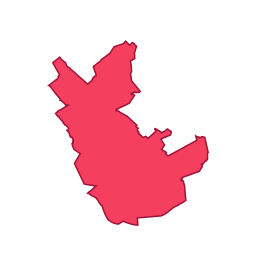 outline of Huimilpan, Querétaro, Mexico, rotated 334°
{"feature_id": "50627088B5826764416597", "entity_name": "Huimilpan", "entity_type": "district", "adm_level": 2, "iso_a3": "MEX", "parent_name": "Mexico", "parent_adm1": "Querétaro", "projection": "natural_earth1", "projection_center": [-100.316, 20.419], "detail": "fine", "context": "isolated", "style": "filled", "palette": "rose", "viewbox_px": 256, "rotation_deg": 334, "n_neighbors": 0, "source": "geoboundaries", "source_scale": "gbopen_adm2", "svg_char_len": 5506}
<svg xmlns="http://www.w3.org/2000/svg" viewBox="0 0 256 256"><g transform="rotate(334 128 128)"><path d="M71.9,205.2L73.3,207.0L75.4,208.9L76.1,209.4L77.3,210.2L77.7,210.1L82.9,209.7L83.1,209.8L83.4,209.9L83.3,210.3L83.7,210.7L84.2,211.1L85.0,212.1L85.4,212.5L86.1,213.3L86.9,214.0L89.1,216.0L90.2,217.0L91.8,218.1L93.4,219.1L94.2,219.6L94.6,218.7L95.5,216.6L97.0,212.9L105.9,216.4L107.2,216.9L114.9,219.8L119.6,221.6L120.7,221.6L121.4,221.6L123.4,221.5L126.2,221.2L128.7,220.6L129.0,220.5L130.3,220.2L132.8,219.6L134.1,219.5L134.4,219.5L135.2,219.4L135.6,219.3L136.6,219.2L137.8,219.4L138.3,219.5L138.9,219.5L140.3,219.1L140.9,219.0L144.5,219.0L145.7,218.8L146.5,218.7L147.0,218.6L148.3,218.4L150.3,212.8L151.7,209.4L152.2,208.0L152.3,207.9L152.5,207.3L153.5,204.8L154.1,201.4L154.4,199.8L153.8,199.2L153.5,198.6L153.0,198.6L153.0,197.6L154.7,197.4L154.9,196.2L167.1,197.6L168.2,197.6L172.3,198.2L172.6,198.2L172.9,198.3L173.3,198.1L177.1,195.7L178.2,194.6L178.1,194.4L178.3,193.7L178.3,192.5L178.6,192.5L178.8,192.6L178.8,192.8L178.8,193.2L178.8,193.3L179.1,193.4L183.5,191.4L183.9,191.5L184.0,191.8L185.8,190.9L188.6,185.2L189.1,184.7L189.4,184.9L192.9,170.0L190.7,168.1L190.3,168.2L189.9,168.3L188.8,168.2L188.4,168.6L188.2,168.4L187.7,167.0L187.6,166.9L186.5,166.5L185.9,165.7L185.4,164.9L184.5,169.2L167.2,170.0L154.5,170.6L151.8,170.6L150.6,168.2L151.9,166.8L148.7,162.0L153.4,159.4L153.3,159.2L153.0,156.0L152.8,155.0L152.9,153.4L152.7,152.7L152.7,152.3L153.9,152.4L154.4,152.5L154.6,152.5L155.4,152.3L156.9,152.4L157.4,152.4L157.3,152.7L158.7,152.7L159.3,152.7L163.2,152.9L165.3,150.3L165.0,149.7L164.9,149.7L163.6,147.2L162.9,146.1L161.8,146.4L160.1,146.8L155.9,147.1L155.9,146.2L155.2,144.7L154.5,143.7L153.6,142.5L152.7,141.2L152.6,140.9L152.2,140.4L151.5,140.7L151.7,143.1L143.9,145.4L141.5,146.1L141.1,145.1L140.5,144.1L140.3,143.3L137.2,142.9L136.9,142.0L136.7,141.1L136.5,140.5L136.3,139.5L136.2,139.3L135.9,139.2L135.6,139.0L135.5,138.7L135.4,138.3L135.5,138.0L135.4,137.8L135.2,137.8L135.1,137.2L135.6,137.0L135.7,136.8L135.8,136.6L135.7,136.4L135.9,136.1L135.8,135.7L135.5,135.3L135.2,134.8L135.3,134.4L135.7,133.9L136.1,133.4L136.3,133.0L137.1,132.6L136.6,132.1L136.3,131.3L136.0,130.9L135.9,130.8L135.8,130.6L135.7,130.5L135.7,130.3L136.0,130.1L136.6,130.0L136.7,129.8L136.9,129.7L137.1,129.4L136.0,126.2L134.7,123.1L133.6,120.1L132.9,118.4L132.6,117.3L127.9,110.7L127.5,109.8L126.8,108.3L126.1,106.9L124.9,107.5L125.0,106.7L126.0,106.2L128.3,106.2L128.6,106.2L132.5,106.3L140.0,106.3L148.3,101.5L147.5,99.7L146.5,99.9L145.6,99.0L146.3,98.6L146.6,98.6L147.8,98.2L149.8,98.7L149.9,99.1L150.5,99.1L150.6,99.7L151.6,99.8L152.4,100.4L152.9,100.6L153.5,100.9L154.5,100.5L155.0,100.4L151.9,87.0L154.3,80.0L155.5,79.4L155.8,79.0L156.0,78.7L157.9,74.2L158.6,72.2L159.0,71.0L159.2,69.8L159.4,69.0L164.5,68.5L165.9,65.6L166.3,63.9L169.9,60.0L171.6,58.2L170.5,56.2L170.4,54.5L169.2,53.1L165.7,54.3L164.0,48.9L160.7,50.2L151.3,48.9L151.0,49.0L144.6,52.9L134.3,54.8L131.8,56.0L128.7,56.4L123.6,57.8L122.8,64.9L122.5,67.0L122.2,66.9L121.9,66.8L120.7,66.8L120.0,67.0L119.8,67.1L119.4,67.4L119.3,67.5L118.9,67.4L118.7,67.5L118.1,67.9L117.4,68.4L116.5,69.4L116.3,69.5L113.4,70.1L113.2,70.1L112.9,70.4L111.0,70.9L110.5,69.5L109.3,66.8L105.4,57.5L105.1,56.6L104.6,55.4L103.8,53.2L103.1,52.0L101.7,48.1L101.6,47.9L101.4,47.6L101.3,47.4L101.0,47.1L100.6,46.6L100.5,46.4L100.4,46.0L100.3,45.0L100.3,44.7L100.3,44.2L100.4,43.0L100.4,42.5L100.4,42.1L100.4,41.9L100.4,41.6L100.2,41.2L100.0,40.9L99.8,40.6L99.5,40.0L99.3,39.7L99.2,39.4L99.0,38.7L98.7,38.4L98.6,38.2L98.4,37.8L98.4,37.6L98.3,37.3L98.1,37.0L98.1,36.7L98.0,36.1L97.9,36.0L97.9,35.8L97.9,35.5L97.9,35.3L97.9,35.1L97.8,34.9L97.6,34.7L97.3,34.3L95.9,34.8L89.0,36.3L89.8,50.2L87.7,51.2L87.7,51.6L87.5,51.9L87.4,52.1L87.1,52.4L86.9,52.5L86.7,52.7L86.2,52.9L85.8,53.0L85.5,53.0L85.3,53.0L83.9,53.2L75.3,55.1L76.1,55.8L78.1,65.4L79.7,72.1L79.0,73.3L79.9,73.6L82.2,79.7L82.1,80.0L84.1,81.1L77.8,81.9L72.1,82.1L71.0,82.7L69.3,83.2L69.4,83.4L69.4,83.6L69.4,83.9L69.5,84.4L69.9,86.4L70.0,86.6L70.1,86.9L70.3,87.1L70.5,87.1L70.8,87.7L70.9,88.3L70.7,88.6L70.8,88.8L71.2,90.9L71.3,91.0L71.8,92.2L71.9,92.7L72.2,92.7L72.1,95.4L72.2,95.6L72.6,97.6L72.8,97.6L73.2,97.7L73.4,98.1L73.8,99.6L73.9,100.0L74.3,100.9L74.4,101.3L74.5,101.9L74.4,102.3L74.3,102.6L73.7,102.8L73.5,103.4L73.0,103.4L72.0,103.3L72.9,106.4L72.9,106.9L72.9,107.6L72.2,109.4L72.3,110.1L72.7,110.3L72.5,111.1L73.7,112.5L73.8,113.3L73.5,113.9L73.5,114.1L73.4,114.2L73.5,114.6L73.3,114.9L73.3,115.2L73.1,115.7L72.6,115.7L72.6,115.8L72.7,116.4L72.3,117.0L72.0,117.1L71.9,116.8L71.6,117.1L71.8,117.5L71.5,117.5L71.4,117.7L70.9,117.6L70.9,118.1L70.5,118.5L70.4,119.5L70.6,119.9L70.5,120.5L70.2,120.8L70.1,123.5L71.2,125.5L71.9,126.7L72.4,127.9L73.8,130.2L72.1,131.3L71.9,131.4L71.7,131.5L68.7,133.5L68.3,133.7L67.4,134.3L64.3,136.5L64.1,159.3L64.6,159.6L65.1,160.0L67.5,161.7L69.5,163.1L71.5,164.4L72.2,165.0L74.0,166.3L71.5,166.7L70.2,167.2L69.8,167.3L69.1,167.4L68.4,167.6L67.5,167.9L66.0,168.2L65.3,168.3L64.7,168.4L64.0,168.6L63.1,169.0L63.5,169.3L63.9,169.5L64.0,169.9L64.4,170.2L64.7,170.5L64.6,170.9L64.7,171.2L65.4,172.4L65.6,172.7L65.7,173.0L65.9,173.1L66.3,173.4L66.9,174.2L67.7,175.3L67.8,175.5L68.1,176.2L68.6,176.4L68.7,177.8L69.0,178.0L68.9,178.4L69.2,179.9L69.2,181.5L69.4,182.9L69.5,183.2L69.6,183.7L69.7,184.3L69.8,185.3L70.2,185.8L70.4,186.0L70.5,186.0L70.1,190.0L69.6,195.3L69.6,195.8L69.8,201.5L70.2,202.4L71.9,205.2Z" fill="#f43f5e" stroke="#9f1239" stroke-width="1.5"/></g></svg>